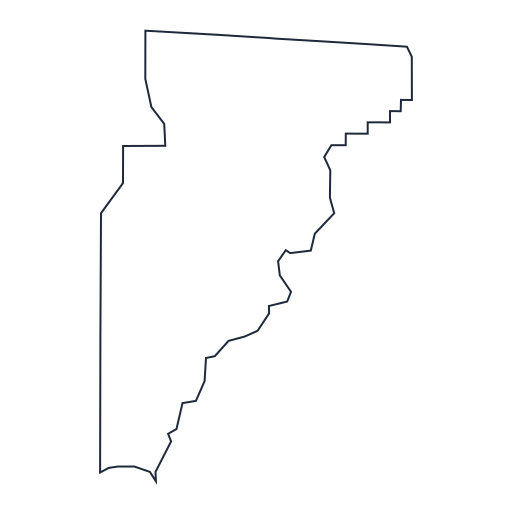 the district of Jefferson, Florida, United States of America
{"feature_id": "52423323B23187437311114", "entity_name": "Jefferson", "entity_type": "district", "adm_level": 2, "iso_a3": "USA", "parent_name": "United States of America", "parent_adm1": "Florida", "projection": "mercator", "projection_center": [-83.844, 30.378], "detail": "fine", "context": "isolated", "style": "outline", "palette": "slate", "viewbox_px": 512, "rotation_deg": 0, "n_neighbors": 0, "source": "geoboundaries", "source_scale": "gbopen_adm2", "svg_char_len": 857}
<svg xmlns="http://www.w3.org/2000/svg" viewBox="0 0 512 512"><path d="M145.4,30.7L145.3,78.9L151.4,107.1L164.2,123.9L165.3,145.8L123.1,146.0L123.0,183.1L101.0,213.2L100.4,336.3L100.1,472.5L108.7,467.9L118.1,466.5L134.3,466.5L149.9,471.9L155.9,481.3L155.5,471.9L171.1,441.4L168.1,433.8L176.5,429.0L182.5,403.1L195.9,400.9L204.6,381.1L206.0,358.0L214.8,356.2L228.5,340.9L244.8,336.5L257.6,330.8L269.1,313.4L268.9,306.0L287.2,301.5L291.0,291.8L279.8,275.4L278.1,261.2L285.8,250.2L290.2,253.1L310.8,250.6L314.8,233.7L334.2,213.2L329.9,197.6L330.3,170.3L324.2,157.0L331.4,145.2L345.7,145.2L345.8,133.6L367.7,133.7L367.7,122.3L390.0,122.4L390.0,111.1L400.7,111.2L401.0,99.9L411.9,100.0L411.8,56.7L406.9,46.7L365.7,44.0L363.9,43.9L319.7,41.2L275.5,38.6L268.6,38.0L246.0,36.6L229.9,35.6L229.4,35.5L145.4,30.7Z" fill="none" stroke="#1e293b" stroke-width="2"/></svg>